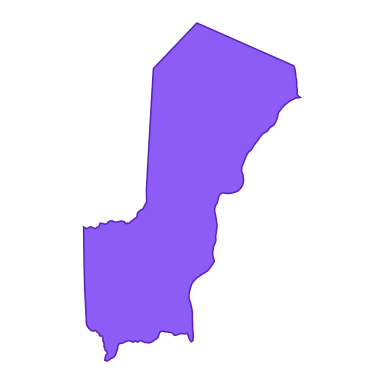 the district of Sítio do Mato, Bahia, Brazil
{"feature_id": "56859067B96329071012082", "entity_name": "Sítio do Mato", "entity_type": "district", "adm_level": 2, "iso_a3": "BRA", "parent_name": "Brazil", "parent_adm1": "Bahia", "projection": "robinson", "projection_center": [-43.472, -12.868], "detail": "fine", "context": "isolated", "style": "filled", "palette": "violet", "viewbox_px": 384, "rotation_deg": 0, "n_neighbors": 0, "source": "geoboundaries", "source_scale": "gbopen_adm2", "svg_char_len": 3308}
<svg xmlns="http://www.w3.org/2000/svg" viewBox="0 0 384 384"><path d="M300.4,97.4L298.2,95.8L297.0,94.4L297.2,92.8L297.3,91.2L297.1,88.7L296.8,86.9L296.6,85.3L296.8,82.7L296.6,81.2L296.4,79.2L295.9,77.4L295.8,75.3L295.5,72.7L295.2,70.3L294.6,68.0L293.6,65.7L256.4,49.3L216.8,31.8L196.8,23.0L189.2,31.1L153.4,68.6L149.6,133.1L146.4,189.1L146.6,202.0L145.6,203.8L144.6,205.5L143.8,207.1L143.0,209.0L141.4,209.6L140.0,210.6L138.7,211.6L137.6,212.8L137.1,215.1L136.9,217.1L135.2,218.2L133.8,219.1L132.6,220.5L130.8,221.4L129.6,223.1L127.5,223.0L126.0,223.9L124.8,222.0L123.3,221.4L121.8,221.0L119.9,221.3L117.4,221.9L115.6,222.1L113.9,221.8L111.9,220.7L109.9,221.1L108.0,222.1L107.2,223.5L105.6,224.2L103.6,223.7L100.1,223.1L99.6,225.3L98.4,226.7L96.8,227.5L95.4,228.7L93.9,228.2L92.0,227.3L90.5,226.7L88.8,227.6L87.0,228.6L85.3,227.9L83.6,226.9L84.1,265.8L84.2,268.1L84.7,288.4L86.5,324.7L87.7,326.6L88.7,328.2L89.9,329.3L91.2,330.5L93.6,331.2L95.3,330.4L96.5,331.3L97.5,332.6L99.0,333.1L99.2,334.7L99.9,336.0L101.9,336.0L102.8,337.7L103.1,339.6L102.9,341.2L103.7,342.3L104.2,344.2L103.9,345.9L104.3,347.4L104.8,348.8L105.3,350.3L106.7,351.3L107.3,353.5L106.0,354.9L105.3,357.0L105.0,358.5L104.8,360.3L107.0,361.0L108.9,360.1L110.9,358.5L112.4,358.0L114.1,356.9L115.6,354.7L116.4,352.3L116.9,350.8L117.6,349.0L117.8,346.6L118.7,344.0L120.7,343.4L122.5,343.1L123.7,342.6L125.5,341.7L127.0,341.1L128.3,340.7L129.7,340.8L131.1,341.4L132.8,342.2L134.4,341.4L136.0,341.2L137.7,342.2L140.1,340.6L141.9,341.1L143.9,342.1L145.5,342.6L147.2,342.6L148.8,343.0L151.4,342.1L152.7,341.6L153.7,340.4L156.0,339.2L158.2,337.1L158.8,335.0L159.5,332.8L160.6,331.6L162.6,331.2L165.3,331.8L167.7,332.0L169.9,332.4L171.6,332.6L172.9,333.8L174.7,335.4L176.7,335.0L179.9,333.7L182.0,333.5L183.4,333.8L185.1,333.9L187.2,333.3L188.2,335.6L188.9,337.9L189.7,339.8L191.1,341.8L192.8,340.8L193.3,337.3L193.2,332.9L192.7,329.4L192.6,326.4L192.6,323.9L192.4,320.2L192.4,317.5L192.4,315.1L192.4,313.3L192.2,311.1L191.8,308.6L191.1,305.3L190.6,303.2L190.0,301.3L189.2,298.9L188.9,296.2L189.4,292.1L190.3,288.4L191.4,285.0L192.2,283.2L193.3,281.6L194.5,280.3L196.7,278.0L198.7,276.7L200.4,275.3L202.5,274.1L204.8,272.7L207.3,271.0L209.1,269.2L210.7,267.1L211.9,265.3L213.3,263.0L214.3,261.4L214.1,259.8L213.3,257.5L212.8,255.2L212.7,252.2L213.2,249.3L213.6,246.3L214.4,244.8L215.2,242.9L215.9,240.2L215.7,237.5L215.8,234.9L216.3,232.4L216.6,229.7L217.1,226.2L216.7,222.9L216.1,218.5L215.5,215.2L214.8,211.9L214.7,208.8L215.2,206.4L216.1,204.7L217.2,202.9L217.7,201.1L218.3,198.6L218.8,196.6L220.1,194.3L221.8,193.2L223.2,192.9L225.1,193.2L226.7,193.4L228.4,193.5L230.9,193.3L233.0,192.7L235.7,192.0L238.3,190.7L240.0,189.1L241.5,187.1L242.6,185.0L243.3,182.7L243.6,179.5L243.3,177.5L243.1,175.4L242.4,173.0L241.6,171.1L241.7,167.7L242.7,164.9L243.6,162.7L244.8,159.4L245.4,157.6L246.5,155.5L247.4,153.9L248.5,152.1L250.7,150.4L252.3,148.3L253.1,146.8L254.0,145.3L255.0,144.0L256.6,141.8L257.8,140.3L258.9,138.6L261.6,135.1L262.5,134.1L263.9,133.1L265.7,132.2L267.2,131.2L268.5,129.6L270.2,127.4L272.8,125.8L274.2,124.5L275.4,122.5L276.3,120.7L276.9,119.1L277.5,117.0L278.0,114.8L278.4,112.7L281.9,108.0L285.5,104.3L288.5,102.0L291.2,100.3L293.5,99.1L296.2,97.9L298.5,97.8L300.4,97.4Z" fill="#8b5cf6" stroke="#5b21b6" stroke-width="1.5"/></svg>